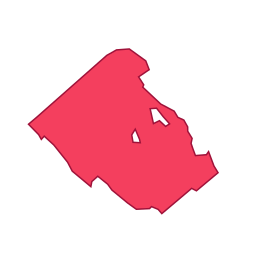 Rockbridge, Virginia, United States of America, rotated 283°
{"feature_id": "52423323B40914332178112", "entity_name": "Rockbridge", "entity_type": "district", "adm_level": 2, "iso_a3": "USA", "parent_name": "United States of America", "parent_adm1": "Virginia", "projection": "natural_earth1", "projection_center": [-79.449, 37.809], "detail": "fine", "context": "isolated", "style": "filled", "palette": "rose", "viewbox_px": 256, "rotation_deg": 283, "n_neighbors": 0, "source": "geoboundaries", "source_scale": "gbopen_adm2", "svg_char_len": 841}
<svg xmlns="http://www.w3.org/2000/svg" viewBox="0 0 256 256"><g transform="rotate(283 128 128)"><path d="M62.5,105.0L67.7,104.8L74.2,109.4L68.7,120.8L63.9,126.3L54.9,144.4L50.7,154.4L54.3,167.1L56.7,168.6L55.5,175.7L52.2,180.2L83.5,203.6L82.2,208.8L104.7,225.8L110.3,220.3L123.1,211.8L119.6,210.4L116.3,199.9L122.2,196.0L127.2,192.9L132.3,192.8L138.3,186.9L142.5,185.9L148.3,180.6L149.6,174.2L154.8,169.2L158.7,154.5L171.1,133.2L173.6,133.6L180.2,126.8L189.6,135.5L197.4,130.2L205.3,111.5L201.5,99.2L194.0,91.0L117.9,36.6L109.3,30.2L101.4,42.5L97.4,46.1L101.2,48.2L94.8,59.5L81.1,76.8L73.4,83.4L62.5,105.0ZM138.0,151.8L151.8,145.2L153.7,151.4L147.0,159.7L141.4,167.6L138.0,164.3L142.2,157.0L138.0,151.8ZM115.2,136.1L122.1,133.2L128.5,135.3L119.7,141.7L116.4,143.3L115.2,136.1Z" fill="#f43f5e" stroke="#9f1239" stroke-width="1.5"/></g></svg>